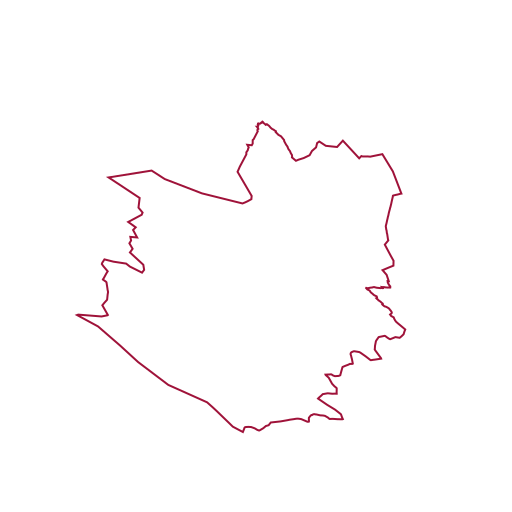 the district of Grane nor, Nordland, Norway, rotated 35°
{"feature_id": "86288312B42207661783439", "entity_name": "Grane nor", "entity_type": "district", "adm_level": 2, "iso_a3": "NOR", "parent_name": "Norway", "parent_adm1": "Nordland", "projection": "natural_earth1", "projection_center": [13.588, 65.442], "detail": "fine", "context": "isolated", "style": "outline", "palette": "rose", "viewbox_px": 512, "rotation_deg": 35, "n_neighbors": 0, "source": "geoboundaries", "source_scale": "gbopen_adm2", "svg_char_len": 5924}
<svg xmlns="http://www.w3.org/2000/svg" viewBox="0 0 512 512"><g transform="rotate(35 256 256)"><path d="M143.3,407.0L167.0,404.3L196.0,407.3L220.3,410.5L258.1,411.9L296.7,404.5L299.9,403.9L307.5,404.8L312.5,405.5L326.3,407.7L328.9,408.1L334.9,409.1L346.2,407.7L345.4,404.3L345.1,403.4L345.2,402.6L345.8,401.9L347.7,400.4L349.3,399.4L350.1,398.9L353.8,397.9L356.8,397.7L358.6,397.2L358.8,397.0L359.3,396.1L360.0,394.5L360.5,393.5L360.9,392.3L361.6,389.6L363.4,387.4L363.6,383.9L371.0,377.4L373.6,374.8L374.5,373.9L376.2,372.2L377.6,370.7L380.7,367.8L382.1,366.4L383.2,365.5L383.8,365.1L385.1,364.4L386.3,363.8L386.9,363.6L393.1,362.3L393.9,361.8L394.3,361.3L393.8,360.5L392.5,358.8L392.1,358.1L392.3,355.6L392.6,354.5L393.1,354.2L393.7,352.8L394.8,351.9L395.3,351.8L396.5,351.1L400.0,349.7L402.4,348.2L403.7,347.6L404.1,347.4L407.5,347.1L409.7,347.3L412.4,345.3L414.4,344.1L416.4,342.9L420.3,340.3L420.5,340.1L420.7,339.8L419.0,338.8L416.5,337.0L416.0,336.9L408.9,336.5L399.6,337.1L388.6,337.2L388.7,336.3L389.6,332.7L389.9,330.9L390.1,330.7L393.4,327.4L394.4,326.8L397.3,325.2L399.9,323.3L400.7,322.8L401.1,322.5L400.2,321.4L398.9,319.4L398.0,318.1L397.6,317.9L394.9,317.7L391.6,317.0L385.4,314.0L381.3,313.5L381.0,313.3L383.6,311.3L384.5,310.6L385.3,309.9L385.9,309.7L387.4,309.7L389.2,309.3L389.8,309.0L392.5,306.8L393.3,305.6L393.4,305.2L393.2,304.8L392.7,303.4L392.4,302.6L390.6,297.5L390.6,297.2L392.3,294.5L393.7,292.5L394.9,290.4L395.5,290.1L397.0,288.9L397.0,288.6L393.8,285.5L391.9,283.9L391.4,283.4L389.8,282.2L389.5,281.7L389.3,281.0L389.3,280.5L389.5,279.9L390.6,278.1L391.2,277.6L395.6,275.5L396.9,275.3L403.4,275.3L409.5,275.6L409.9,275.4L411.9,273.5L412.7,272.8L417.4,268.3L417.0,268.0L407.8,264.9L406.8,264.4L406.3,263.4L405.0,261.3L403.5,257.9L403.2,257.3L403.0,256.3L403.0,252.1L403.6,251.4L407.2,247.6L407.9,247.4L409.7,247.5L411.9,247.5L413.3,247.3L413.6,247.2L413.8,247.0L414.1,246.5L415.1,245.0L416.7,242.5L417.1,242.3L420.6,240.6L421.2,238.5L421.8,235.5L420.9,232.7L420.4,230.6L415.0,230.1L411.1,229.8L408.4,229.5L406.7,228.9L406.0,228.5L405.3,228.2L404.0,227.3L401.1,227.6L400.4,227.4L399.8,227.1L399.4,227.0L399.5,226.6L399.8,225.8L399.9,225.4L399.9,225.0L399.7,224.5L399.4,224.2L397.5,223.4L396.8,223.3L395.4,222.8L394.7,222.7L393.1,222.8L391.6,223.0L390.9,223.2L390.3,223.5L389.5,223.5L388.0,223.4L387.5,223.3L387.7,222.9L387.4,222.5L387.1,222.3L386.3,222.3L384.8,222.1L384.2,222.0L382.3,222.0L381.8,222.1L381.4,221.9L381.1,221.9L380.6,221.7L379.9,221.8L378.9,221.6L379.2,221.2L379.0,220.9L379.0,220.6L378.8,220.4L378.1,220.1L378.0,219.9L377.0,220.0L375.7,220.3L374.2,220.3L373.4,220.1L371.4,220.0L370.1,219.7L369.4,219.3L368.7,219.2L368.3,219.2L367.8,219.3L367.4,219.3L366.9,219.5L366.2,219.5L365.5,219.3L364.9,219.2L364.6,219.1L364.6,218.9L365.1,218.8L366.0,218.3L366.9,217.4L367.9,216.3L368.5,215.8L369.3,215.1L370.0,214.2L370.4,213.9L370.6,213.7L373.0,212.8L376.6,210.8L376.8,210.6L377.0,210.2L378.2,209.7L378.3,209.6L378.1,209.5L377.5,209.4L377.0,209.2L377.6,208.9L377.7,208.7L378.1,208.4L378.4,208.3L378.8,208.0L380.1,207.4L380.4,207.3L380.8,207.0L382.2,206.2L382.6,205.8L382.9,205.6L383.2,205.5L383.4,205.3L383.6,205.2L384.0,204.9L383.8,204.6L383.8,204.4L383.3,204.3L383.2,204.2L383.4,204.1L383.2,203.8L382.5,203.7L382.2,203.5L381.6,203.4L381.2,203.2L380.8,203.1L380.6,202.9L380.4,202.8L379.2,202.2L378.2,201.1L379.2,200.5L373.8,196.5L367.8,195.0L371.5,189.1L374.1,185.1L371.4,181.0L366.2,178.5L355.0,172.8L355.4,167.3L354.7,166.8L350.8,162.7L350.1,162.2L348.5,160.4L347.2,159.3L346.7,158.7L345.4,157.4L345.0,156.7L344.1,154.3L343.0,151.7L342.1,149.4L341.8,148.8L341.7,148.5L341.1,146.8L340.0,144.3L338.7,140.7L338.3,139.8L338.1,139.0L336.9,135.9L335.5,132.6L334.2,129.3L333.6,128.1L333.7,127.8L335.8,125.4L336.5,124.7L338.6,122.2L339.3,121.5L319.6,108.2L301.1,100.1L292.6,109.1L290.2,110.5L286.3,113.3L285.0,113.7L284.5,116.8L261.0,111.7L259.9,120.2L250.0,125.7L242.2,125.9L241.3,128.4L242.9,132.6L241.6,137.9L242.1,142.7L238.9,148.4L235.6,152.7L234.1,155.1L228.9,154.6L228.4,153.6L227.3,152.5L226.4,152.2L225.4,151.7L224.8,151.4L224.2,150.9L223.7,150.6L222.1,150.1L221.4,149.9L219.3,148.6L219.2,148.4L218.1,148.0L216.9,147.6L213.3,145.8L212.5,144.9L207.8,143.6L204.9,143.9L204.5,143.9L203.7,143.6L202.9,143.6L202.4,143.4L201.2,143.3L201.1,143.0L200.8,142.4L199.2,142.5L198.0,142.4L196.4,142.7L194.2,142.5L193.2,142.2L192.5,142.0L191.9,141.9L189.3,141.8L189.2,142.1L189.1,142.3L188.8,143.0L188.7,143.0L187.8,142.8L185.8,142.7L185.3,142.6L185.2,142.6L185.1,142.4L184.9,142.3L184.2,142.3L184.2,142.5L184.4,142.8L184.1,143.1L184.3,143.3L184.3,143.6L184.0,144.0L183.9,144.1L183.6,144.4L183.6,144.5L183.6,144.9L183.6,145.0L183.3,145.4L183.2,145.5L182.4,145.9L181.9,146.0L181.7,146.3L182.0,146.6L182.0,147.0L182.3,147.2L182.3,147.3L182.7,147.3L182.8,147.6L183.1,147.8L183.2,148.4L183.1,148.5L182.9,148.8L182.9,149.0L183.2,149.2L183.1,149.3L182.9,149.4L182.6,149.6L183.3,149.8L184.3,150.3L184.5,150.3L184.5,150.5L184.8,150.7L184.7,150.8L184.8,150.9L184.8,151.8L185.0,152.2L185.2,152.4L185.9,152.8L187.1,161.7L186.8,162.9L186.9,163.1L188.8,165.8L189.0,167.7L185.1,169.9L187.7,171.2L188.1,172.9L188.6,174.2L188.6,176.6L189.8,178.3L191.5,192.1L192.6,197.6L218.0,209.3L219.6,212.1L217.8,215.8L216.3,218.4L214.8,220.7L175.8,235.7L137.2,245.3L121.5,245.9L90.2,276.2L127.4,275.2L132.0,283.8L138.2,285.5L138.7,287.8L131.8,301.4L141.0,301.5L140.4,305.2L148.0,309.0L142.1,312.4L144.8,315.0L145.0,318.2L150.8,320.9L150.7,325.4L168.7,327.8L172.3,331.5L172.2,335.0L158.7,337.0L154.0,336.7L142.5,342.4L133.8,345.7L133.9,348.2L133.9,349.5L134.0,349.9L134.3,351.0L136.8,351.9L143.3,353.6L143.4,356.0L144.0,361.3L144.0,362.6L144.1,363.1L147.8,363.1L148.6,363.3L153.0,367.9L153.8,368.8L154.6,369.5L155.5,370.4L156.6,372.7L159.0,377.0L159.1,377.4L159.1,377.5L158.6,381.6L158.4,384.5L168.5,389.3L168.4,389.7L164.2,394.1L144.5,405.7L144.0,406.0L143.3,407.0Z" fill="none" stroke="#9f1239" stroke-width="2"/></g></svg>